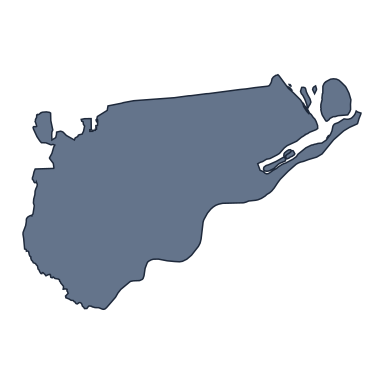 Pelalawan, Riau, Indonesia (Robinson projection)
{"feature_id": "22746128B44055596539945", "entity_name": "Pelalawan", "entity_type": "district", "adm_level": 2, "iso_a3": "IDN", "parent_name": "Indonesia", "parent_adm1": "Riau", "projection": "robinson", "projection_center": [102.105, 0.163], "detail": "fine", "context": "isolated", "style": "filled", "palette": "slate", "viewbox_px": 384, "rotation_deg": 0, "n_neighbors": 0, "source": "geoboundaries", "source_scale": "gbopen_adm2", "svg_char_len": 5872}
<svg xmlns="http://www.w3.org/2000/svg" viewBox="0 0 384 384"><path d="M361.0,113.1L357.6,112.0L356.2,111.0L355.2,113.7L354.0,115.6L352.1,117.6L351.0,118.4L348.6,119.2L347.0,119.3L344.0,118.9L338.3,122.6L335.2,123.7L334.3,124.2L333.2,125.6L332.8,126.7L332.0,130.8L330.7,133.8L330.1,135.0L326.2,140.1L321.8,143.1L317.9,143.4L316.6,143.9L314.0,144.4L313.2,144.8L311.4,145.1L305.9,147.8L298.0,154.2L296.4,156.6L292.9,159.2L285.8,163.0L283.4,163.8L281.4,164.9L278.3,166.9L276.5,168.5L273.3,170.2L270.0,172.6L268.1,173.7L266.6,173.9L265.0,173.2L263.2,171.6L260.1,170.3L257.7,163.7L260.4,162.3L262.6,161.6L266.5,159.2L269.9,158.6L277.1,154.9L279.5,153.4L284.3,147.9L287.2,145.6L296.7,141.2L301.6,137.1L302.6,136.6L305.6,134.6L305.5,134.4L307.7,133.6L309.5,132.3L316.0,129.7L317.7,128.5L317.6,125.6L316.1,121.4L314.8,119.0L313.2,117.4L311.2,114.5L309.7,113.2L308.9,113.7L306.8,111.5L303.6,106.5L303.3,104.9L302.3,102.6L300.5,99.9L293.5,92.9L288.4,88.4L279.1,75.9L277.9,74.7L277.0,75.2L275.9,75.3L273.4,77.0L272.0,78.9L271.3,82.2L269.8,84.9L269.1,85.7L267.6,86.2L255.1,87.6L246.2,88.9L239.9,89.5L208.7,93.6L206.5,93.7L190.9,95.7L188.6,95.8L174.5,97.7L133.8,100.7L123.5,102.6L121.6,103.2L108.0,105.9L107.2,110.4L97.4,116.5L96.7,119.4L97.5,119.6L97.5,119.9L96.1,119.9L96.1,120.3L96.4,121.1L96.7,121.1L96.7,121.8L96.9,121.8L96.9,121.1L97.7,121.1L97.5,125.5L95.9,125.6L95.9,127.5L96.1,127.5L96.3,128.0L96.5,127.9L96.5,129.2L95.3,129.2L95.3,130.3L92.8,130.3L92.8,131.3L89.8,131.4L89.8,129.7L91.3,129.7L91.1,118.6L84.6,118.7L81.2,119.4L81.7,121.2L83.1,121.8L83.4,124.4L84.6,126.0L83.5,131.3L82.1,134.1L79.0,134.8L78.2,135.3L77.8,136.5L75.2,137.9L74.4,140.0L66.4,135.5L63.2,132.2L61.8,131.5L60.4,131.2L56.6,132.1L56.5,134.3L55.7,137.6L51.9,140.0L51.7,135.1L51.9,131.9L52.8,130.0L50.8,120.6L50.6,113.1L49.6,112.4L46.4,111.9L42.5,112.2L40.9,112.7L40.7,113.2L40.2,113.3L39.4,114.1L37.9,114.7L37.5,114.8L37.3,114.5L36.7,115.0L36.6,117.4L35.5,119.4L35.5,120.5L35.1,121.5L35.8,123.1L36.7,126.2L36.1,126.7L33.7,126.6L33.1,127.3L33.4,128.9L37.0,136.7L39.8,140.9L41.4,142.7L45.9,142.8L51.1,144.9L52.9,144.4L54.8,145.1L53.7,147.1L51.9,153.4L49.5,157.8L49.6,158.5L53.3,163.4L53.9,167.9L53.7,168.4L35.2,169.0L34.0,171.9L33.2,175.6L32.4,177.9L32.4,179.3L33.4,180.4L34.0,182.0L34.7,182.7L36.3,182.6L36.4,182.1L37.3,184.4L37.0,186.3L35.8,188.9L35.1,191.1L34.9,194.6L33.7,199.1L33.4,203.0L34.3,205.6L33.0,213.9L31.9,215.1L31.8,215.9L30.7,215.5L29.5,216.0L27.7,217.1L26.6,218.5L26.3,219.8L26.3,221.6L25.7,225.5L23.1,232.4L23.0,234.3L23.7,238.7L24.6,249.0L26.0,249.4L26.2,249.7L26.4,251.2L27.0,251.0L28.0,251.2L28.6,251.7L29.3,254.9L30.0,256.3L30.9,256.9L30.8,258.1L31.4,260.0L32.6,261.3L33.3,262.7L35.6,263.6L36.1,264.6L37.4,265.8L38.1,269.1L39.2,270.2L39.6,271.5L40.9,273.5L41.8,273.7L42.4,272.6L43.0,272.6L45.2,274.7L45.7,275.7L46.0,275.8L48.3,274.6L49.1,274.7L49.9,274.3L50.5,274.9L50.7,277.1L51.0,277.4L52.2,277.8L53.0,277.1L53.4,277.1L55.0,278.5L58.1,279.0L59.4,279.7L59.6,281.0L60.5,282.1L60.7,282.9L63.4,286.2L63.5,287.2L63.1,289.2L63.8,289.3L64.1,288.9L65.0,288.9L66.9,289.2L67.1,289.5L66.9,290.9L67.6,291.8L68.1,293.4L65.5,296.1L65.9,296.8L65.8,297.7L69.0,299.0L71.1,300.3L73.3,300.5L74.1,301.6L75.0,302.0L75.6,303.1L76.3,303.7L77.4,303.9L79.0,302.7L79.9,302.5L80.7,302.8L81.7,303.9L82.4,306.1L83.8,307.4L84.5,308.6L86.9,308.5L88.6,306.2L89.7,306.0L91.7,306.3L92.2,306.9L92.4,306.8L95.0,307.6L98.8,307.7L102.3,309.1L103.6,309.3L104.9,309.0L106.5,307.7L115.5,297.3L117.9,293.1L120.8,289.4L129.9,281.8L130.8,281.3L133.6,280.8L139.6,280.6L142.4,279.3L143.1,278.4L144.0,275.8L145.1,268.4L147.0,263.3L147.8,261.9L149.0,261.0L151.3,259.8L153.4,259.2L158.4,259.1L167.2,260.8L174.3,261.5L179.6,261.8L182.5,261.3L186.8,259.2L191.5,255.2L198.4,246.4L200.1,243.1L201.1,239.0L203.1,222.1L203.8,219.8L207.5,213.1L210.8,209.1L213.2,207.0L215.8,205.3L218.6,204.2L222.6,203.3L243.6,202.8L246.1,202.1L248.7,201.0L255.5,200.3L257.9,199.8L261.4,198.4L265.2,196.0L266.9,194.4L269.6,192.8L271.7,191.0L274.2,188.0L277.7,182.7L280.3,179.2L288.1,171.3L296.2,164.2L298.3,163.0L300.5,162.1L303.5,161.4L308.6,159.5L316.7,157.1L322.1,153.9L333.6,139.8L342.4,132.0L343.8,130.8L349.6,127.3L357.2,123.9L357.6,123.4L359.0,118.6L360.7,114.4L361.0,113.1ZM335.3,116.6L338.0,115.7L347.7,114.9L349.8,111.7L350.6,109.5L350.5,104.2L350.9,99.8L349.0,93.3L346.5,88.2L345.5,86.5L341.4,82.4L338.9,80.2L336.4,79.1L333.5,78.8L330.5,79.2L325.8,81.7L325.6,82.3L325.0,82.4L324.0,83.7L322.9,86.2L322.8,93.1L322.4,93.7L322.1,96.4L321.9,98.2L322.2,99.2L320.9,104.4L320.8,107.6L321.1,108.9L320.8,109.7L321.8,113.8L322.4,115.3L325.8,120.9L326.9,121.2L329.1,119.6L329.8,118.5L333.1,116.7L335.3,116.6ZM269.1,170.9L273.8,168.5L278.3,164.3L280.2,163.1L285.4,160.9L285.5,159.2L285.0,157.6L283.5,157.2L276.2,161.4L268.5,164.8L266.1,165.5L264.1,167.0L263.6,168.2L263.6,169.8L264.7,170.9L267.0,171.3L269.1,170.9ZM308.1,107.7L309.4,105.1L309.9,104.7L310.9,102.1L310.0,98.9L307.8,95.0L306.4,92.0L305.6,88.7L304.9,87.7L303.3,87.3L301.7,87.4L300.5,91.3L301.4,93.7L302.7,95.2L304.8,99.2L306.7,104.3L307.3,106.8L308.1,107.7ZM289.0,158.1L290.0,157.2L292.2,156.3L294.4,154.7L294.8,153.7L293.5,151.3L293.0,150.7L291.6,150.7L290.7,152.0L289.7,152.9L286.9,154.6L285.4,156.7L286.0,157.5L286.1,158.8L286.7,159.0L289.0,158.1ZM284.8,156.8L286.5,154.7L289.8,152.6L291.4,150.5L290.5,149.7L288.8,149.8L286.9,150.9L284.9,152.5L284.1,153.5L283.8,155.6L284.0,156.4L284.4,156.7L284.8,156.8ZM314.6,93.7L316.5,89.8L316.5,88.9L315.6,85.9L313.9,86.9L313.1,87.8L312.6,89.6L314.6,93.7ZM309.4,112.9L308.1,110.2L304.3,105.2L303.6,103.8L303.3,104.4L305.7,108.8L308.5,112.8L309.4,112.9ZM291.7,89.9L290.0,87.8L289.0,87.3L289.9,88.7L291.3,89.9L291.7,89.9ZM327.1,138.1L328.6,136.5L329.2,135.5L329.1,135.4L328.3,135.8L327.4,137.2L326.9,138.0L327.1,138.1ZM290.9,85.7L290.1,84.6L289.1,84.5L289.3,85.0L290.3,85.9L290.9,86.1L290.9,85.7Z" fill="#64748b" stroke="#1e293b" stroke-width="1.5"/></svg>